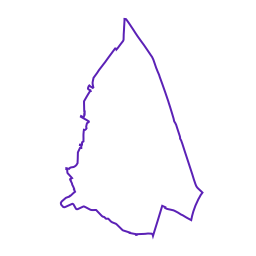 outline of Tan Binh, Hồ Chí Minh city, Vietnam, rotated 177°
{"feature_id": "81297802B72151759297882", "entity_name": "Tan Binh", "entity_type": "district", "adm_level": 2, "iso_a3": "VNM", "parent_name": "Vietnam", "parent_adm1": "Hồ Chí Minh city", "projection": "robinson", "projection_center": [106.659, 10.803], "detail": "fine", "context": "isolated", "style": "outline", "palette": "violet", "viewbox_px": 256, "rotation_deg": 177, "n_neighbors": 0, "source": "geoboundaries", "source_scale": "gbopen_adm2", "svg_char_len": 3254}
<svg xmlns="http://www.w3.org/2000/svg" viewBox="0 0 256 256"><g transform="rotate(177 128 128)"><path d="M69.7,32.7L68.6,36.8L67.1,41.3L64.7,47.0L61.5,53.1L59.6,56.1L59.1,57.0L57.0,59.6L61.1,63.9L61.8,64.7L62.3,65.4L62.9,66.5L63.6,68.5L64.9,73.1L66.2,78.3L70.3,93.5L72.5,101.6L74.5,109.2L75.6,112.9L76.5,114.6L76.5,116.1L76.6,116.8L79.1,126.1L79.7,128.4L79.9,129.1L80.2,129.6L80.5,130.4L80.9,131.1L81.5,132.2L82.0,135.1L83.3,140.5L84.9,146.9L86.1,151.4L86.3,152.3L88.9,161.5L91.4,170.0L93.6,177.2L94.2,179.5L95.5,183.0L96.4,185.7L96.7,186.5L97.8,190.4L99.1,194.9L100.0,197.1L100.2,197.6L101.5,199.7L104.5,204.7L107.8,210.1L110.1,213.6L112.4,217.2L113.3,218.6L113.8,219.4L115.7,222.6L117.4,225.6L119.3,228.8L121.6,232.7L123.5,235.7L124.4,236.9L125.8,237.1L125.9,235.3L126.4,230.6L126.5,230.0L126.8,226.8L127.4,221.6L127.5,220.2L127.8,216.5L128.0,215.9L128.3,215.3L128.4,215.1L130.4,212.8L134.4,208.0L135.4,207.0L135.5,207.5L135.9,207.9L136.1,208.0L136.3,208.1L136.7,208.1L143.7,199.6L146.6,196.0L147.3,195.1L149.3,192.8L154.0,187.3L155.8,184.8L159.8,179.9L160.3,178.0L160.4,177.8L161.0,175.2L161.0,173.7L160.6,170.7L160.5,170.4L161.1,169.9L163.4,171.5L164.4,172.5L165.0,171.9L165.4,171.1L165.8,170.1L165.9,169.5L165.8,169.1L164.8,168.2L164.1,167.8L163.6,167.7L163.4,166.9L163.8,166.9L164.0,166.7L165.8,164.2L167.6,161.5L170.5,157.0L170.6,155.2L170.8,148.5L170.8,146.7L170.4,146.7L170.6,143.9L171.0,144.0L171.1,142.6L171.6,141.4L171.8,141.3L172.0,141.1L174.2,142.4L174.5,141.7L172.5,140.4L169.0,138.2L168.3,137.7L167.9,137.4L166.8,136.6L166.9,136.0L167.1,135.8L167.7,135.5L168.4,135.2L168.8,134.6L169.0,134.1L169.7,131.5L169.6,130.5L169.4,130.0L169.9,129.2L170.9,128.4L171.5,128.3L172.1,128.5L172.2,127.8L172.4,127.1L172.5,126.2L172.7,124.8L172.8,124.0L172.9,122.4L173.0,119.8L173.1,118.5L173.2,116.9L173.7,116.6L174.4,116.3L174.6,116.1L174.7,115.1L174.8,113.8L176.8,113.9L176.9,113.4L176.5,113.3L175.5,113.1L175.7,110.5L176.3,110.6L177.0,110.6L179.3,106.3L179.8,100.0L180.2,95.6L181.5,93.7L182.7,92.7L184.3,91.9L186.3,91.7L187.5,91.5L188.2,91.1L188.9,90.3L191.7,91.1L191.8,90.1L191.4,89.9L190.8,89.4L190.9,88.6L190.9,87.2L190.8,86.5L190.6,85.9L189.8,85.0L187.7,82.4L186.8,81.3L186.5,80.9L188.3,80.1L188.5,79.9L188.0,79.0L188.2,78.8L186.8,75.5L186.7,74.4L185.8,72.4L184.9,69.9L185.2,69.6L184.2,67.1L185.9,65.9L188.5,63.7L189.7,62.9L189.8,63.1L190.9,62.3L191.6,62.2L192.8,61.8L193.7,61.5L195.0,60.5L196.8,59.1L198.2,58.0L199.0,56.6L198.8,55.0L196.8,52.5L195.8,52.2L194.8,52.4L187.9,55.1L187.3,55.2L186.8,54.9L186.4,54.5L185.6,52.9L184.2,50.1L183.7,49.7L183.2,49.6L182.5,49.6L176.8,51.9L176.4,52.0L175.9,51.9L174.1,50.9L170.3,48.6L169.2,48.1L168.0,47.9L164.5,47.8L164.0,47.7L163.2,46.7L158.6,41.4L157.8,40.8L156.8,40.5L156.2,40.2L155.9,39.8L155.3,39.2L155.1,38.8L154.9,38.7L154.3,38.5L153.7,38.5L152.9,38.5L152.4,38.4L150.0,35.6L148.8,34.7L145.1,33.0L144.3,32.3L138.8,26.3L138.3,26.0L131.7,23.5L131.8,23.1L127.8,22.1L125.5,21.6L125.6,20.9L125.0,20.8L124.9,21.5L116.5,21.4L113.5,21.6L109.8,21.2L109.0,20.3L108.7,18.9L106.8,24.1L103.0,34.4L97.9,48.5L94.8,46.9L95.0,46.1L93.3,45.2L91.6,44.7L90.8,44.5L86.9,43.4L85.7,42.8L82.5,40.9L79.4,38.7L78.1,38.1L74.0,35.3L73.9,35.3L73.8,35.2L70.7,33.3L69.7,32.7Z" fill="none" stroke="#5b21b6" stroke-width="2"/></g></svg>